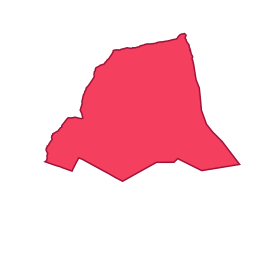 San Andrés Huaxpaltepec, Oaxaca, Mexico (Equal Earth projection), rotated 337°
{"feature_id": "50627088B11126229802740", "entity_name": "San Andrés Huaxpaltepec", "entity_type": "district", "adm_level": 2, "iso_a3": "MEX", "parent_name": "Mexico", "parent_adm1": "Oaxaca", "projection": "equal_earth", "projection_center": [-97.916, 16.341], "detail": "fine", "context": "isolated", "style": "filled", "palette": "rose", "viewbox_px": 256, "rotation_deg": 337, "n_neighbors": 0, "source": "geoboundaries", "source_scale": "gbopen_adm2", "svg_char_len": 2891}
<svg xmlns="http://www.w3.org/2000/svg" viewBox="0 0 256 256"><g transform="rotate(337 128 128)"><path d="M216.9,63.1L215.1,62.8L214.3,62.5L213.6,62.5L211.9,62.6L211.2,62.9L209.7,63.7L208.1,64.8L207.2,64.9L206.6,64.9L206.0,64.7L203.4,64.1L201.5,63.9L200.7,63.8L198.5,63.4L196.2,62.8L196.1,62.7L194.0,62.3L193.2,62.2L192.5,61.9L192.1,61.6L191.8,61.6L189.0,60.8L187.7,60.7L187.1,60.9L186.5,60.8L186.3,60.7L185.7,60.5L184.2,60.2L182.9,59.8L181.6,59.4L180.1,58.9L179.9,58.7L179.4,58.5L178.6,58.2L178.4,58.1L177.7,58.1L177.2,57.8L176.1,57.7L175.7,57.8L174.7,57.7L172.9,57.4L172.5,57.5L172.4,57.5L172.2,57.3L171.4,57.1L171.1,57.2L169.9,57.7L168.9,57.3L168.2,57.2L167.4,57.1L167.2,57.1L166.7,57.1L166.1,56.9L165.2,56.9L164.9,56.5L164.1,56.2L163.6,56.0L163.5,55.9L162.8,56.2L162.7,56.2L162.3,56.0L161.6,55.7L160.9,55.2L160.7,55.1L159.8,54.7L159.0,54.1L158.5,53.8L158.2,53.7L156.9,53.7L156.4,53.4L155.7,53.6L155.2,53.4L154.5,53.3L154.1,53.2L152.8,52.9L152.7,52.9L152.0,52.9L150.6,53.1L150.1,52.8L150.0,52.5L149.9,52.4L148.6,51.9L147.9,51.6L147.4,51.5L146.9,51.3L146.3,51.1L146.0,51.0L145.9,51.1L145.7,51.1L145.4,50.9L145.1,51.0L144.8,51.2L144.6,51.2L144.6,51.5L142.5,53.3L141.6,54.0L139.5,55.3L137.8,56.5L136.9,56.9L136.3,57.1L135.1,57.4L133.9,58.4L132.7,58.6L131.1,59.8L126.7,59.4L125.8,59.8L122.1,60.0L120.7,61.3L120.1,62.7L119.0,63.1L117.6,65.5L117.0,67.6L114.0,69.7L110.4,72.1L108.6,73.2L107.7,73.8L106.6,74.0L105.9,74.7L105.0,74.9L104.5,76.1L103.6,76.7L102.6,77.4L101.9,78.5L99.7,80.4L96.4,85.0L95.7,86.0L95.6,87.4L91.0,92.8L91.0,94.5L91.1,96.2L90.3,101.3L88.9,101.2L87.2,100.2L83.4,97.3L81.5,97.0L79.3,96.4L76.8,95.2L75.0,96.0L73.2,97.0L70.9,98.3L68.0,99.9L67.4,101.4L66.0,101.4L63.8,102.5L62.9,103.3L61.3,103.4L58.8,103.8L56.5,104.0L55.8,105.2L54.9,105.3L53.9,106.9L53.7,108.8L49.6,111.4L47.8,113.0L46.6,113.0L46.1,114.1L45.1,114.5L44.3,115.7L43.9,116.8L44.1,119.1L44.1,120.1L42.7,121.6L41.8,124.1L40.3,126.2L38.4,126.6L46.7,134.1L48.6,135.7L49.2,136.1L50.8,137.5L51.6,138.4L52.1,138.9L55.2,141.7L55.4,142.0L59.1,145.3L59.3,145.5L59.7,145.8L61.5,144.1L67.7,138.8L68.3,138.5L70.9,136.3L74.1,139.3L74.3,139.7L79.3,146.0L84.6,152.7L84.7,152.8L89.5,158.9L91.8,161.7L91.9,161.8L95.2,166.2L95.3,166.3L97.1,168.7L102.2,174.9L118.5,173.1L140.3,170.8L140.7,170.7L156.9,177.5L161.8,175.6L179.2,196.0L195.9,200.1L216.5,205.1L213.6,193.8L209.4,177.3L204.2,164.4L201.7,155.2L202.5,140.4L206.1,129.2L209.3,118.9L209.5,110.3L210.5,106.1L213.5,94.1L213.5,93.6L213.6,93.0L214.0,91.0L214.0,90.0L213.9,89.5L214.6,88.5L215.2,88.1L215.4,87.2L215.2,85.5L215.1,84.6L215.3,83.5L215.5,82.9L215.6,81.6L215.4,81.3L215.2,81.0L215.4,80.8L215.9,80.6L215.9,80.1L216.0,78.5L216.1,77.7L216.3,76.3L216.5,75.7L216.6,74.9L216.0,73.0L215.7,70.7L216.0,69.4L216.0,69.1L215.8,68.7L215.7,68.2L216.0,67.2L216.6,66.3L216.9,66.2L217.6,65.5L217.6,65.2L217.6,64.6L216.9,63.1Z" fill="#f43f5e" stroke="#9f1239" stroke-width="1.5"/></g></svg>